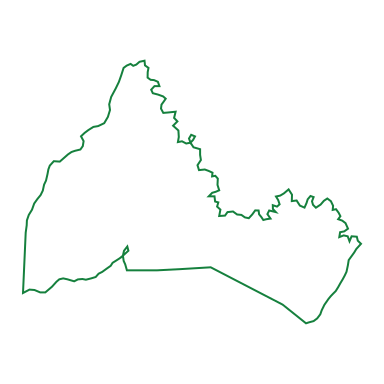 Rincão, São Paulo, Brazil
{"feature_id": "56859067B73201161299146", "entity_name": "Rincão", "entity_type": "district", "adm_level": 2, "iso_a3": "BRA", "parent_name": "Brazil", "parent_adm1": "São Paulo", "projection": "natural_earth1", "projection_center": [-48.011, -21.577], "detail": "fine", "context": "isolated", "style": "outline", "palette": "green", "viewbox_px": 384, "rotation_deg": 0, "n_neighbors": 0, "source": "geoboundaries", "source_scale": "gbopen_adm2", "svg_char_len": 2721}
<svg xmlns="http://www.w3.org/2000/svg" viewBox="0 0 384 384"><path d="M23.0,293.0L29.5,289.6L34.5,290.0L40.2,292.4L45.3,292.4L48.6,289.6L52.0,286.7L56.5,281.7L59.3,279.3L63.2,278.4L67.4,279.3L70.4,280.2L74.2,281.3L77.9,279.4L82.4,279.0L85.9,279.7L91.1,278.4L95.7,277.0L98.6,273.7L102.2,271.9L106.6,268.7L110.7,265.8L112.6,262.8L115.8,260.8L119.7,258.3L122.9,255.7L123.7,261.0L125.2,264.3L126.9,270.3L157.6,270.3L179.2,269.2L210.7,267.3L282.6,304.6L306.0,323.3L309.1,322.3L313.6,321.1L317.2,318.4L320.3,314.3L321.7,310.3L324.4,304.8L328.5,298.9L330.8,296.1L333.1,293.7L335.7,291.1L338.2,287.1L340.3,283.3L342.7,279.3L344.7,275.6L346.5,271.8L347.9,265.2L348.7,260.1L351.9,255.7L354.2,252.5L356.3,249.0L361.0,243.8L357.8,240.7L356.8,236.7L351.6,236.3L349.5,241.3L347.7,236.3L343.7,235.4L339.3,237.1L340.1,232.2L344.2,231.4L348.0,228.7L345.5,223.1L342.2,220.6L338.2,219.2L340.4,216.2L338.6,212.7L336.0,209.2L332.7,209.9L333.1,205.8L330.9,201.2L327.3,198.5L323.9,200.8L320.6,204.6L315.9,207.7L313.0,204.8L312.0,201.3L313.6,197.1L310.5,196.0L307.7,199.3L306.5,203.1L304.5,207.6L299.9,205.6L296.6,200.5L291.8,201.1L292.0,194.7L288.6,189.4L283.9,193.4L280.2,195.6L276.0,196.5L278.2,200.1L279.6,204.3L277.0,206.6L272.8,205.2L272.9,209.0L275.8,212.1L269.2,210.5L267.4,214.1L270.5,218.6L266.4,219.2L263.3,220.0L261.3,217.0L259.1,214.3L258.6,210.5L255.2,210.4L252.3,214.4L248.8,218.2L244.9,217.4L241.4,214.9L237.1,214.5L233.0,211.5L227.5,212.1L225.0,215.6L219.2,216.0L220.4,209.6L217.1,206.6L218.3,202.4L215.1,201.5L214.5,196.3L208.8,196.3L212.2,192.8L215.7,191.8L219.2,190.3L217.5,184.9L217.8,178.6L215.3,175.8L212.1,176.4L212.5,172.7L208.6,170.9L204.8,169.5L199.0,170.1L197.5,165.2L200.9,160.0L200.1,154.9L200.1,149.2L193.5,147.3L190.5,142.7L186.2,143.5L182.0,141.3L177.9,142.1L178.8,137.0L178.4,130.5L173.1,125.7L177.4,121.4L174.1,117.9L175.6,111.7L168.0,112.5L163.3,112.9L161.0,108.6L161.5,104.6L163.7,101.6L165.7,98.7L163.1,96.4L158.1,94.6L152.8,93.2L151.2,89.7L154.5,86.1L159.4,86.1L157.9,81.8L154.0,80.1L150.6,79.8L147.6,77.6L147.7,72.1L148.5,67.9L145.0,65.4L144.5,60.7L139.5,61.8L136.3,64.6L133.2,65.8L130.6,63.9L126.7,65.6L123.6,67.9L121.2,75.4L118.9,81.9L115.7,88.5L111.2,96.9L109.2,104.3L110.0,110.0L107.9,116.9L104.2,123.2L98.1,126.1L93.4,126.9L88.6,129.9L84.6,132.9L81.0,136.3L83.6,141.1L82.8,146.1L80.4,149.5L75.0,150.8L71.5,152.0L68.0,154.4L59.8,161.6L53.8,161.2L49.8,165.6L48.4,169.3L47.5,174.1L46.0,180.6L44.1,184.6L42.8,190.6L40.6,195.1L37.4,199.0L34.2,203.5L32.0,209.7L28.8,214.9L26.9,220.4L26.7,225.3L25.7,232.6L23.0,293.0ZM122.9,255.7L124.0,250.8L127.3,246.5L128.4,250.7L122.9,255.7ZM190.5,142.7L193.1,139.9L195.0,136.4L191.2,134.8L189.0,138.5L190.5,142.7Z" fill="none" stroke="#15803d" stroke-width="2"/></svg>